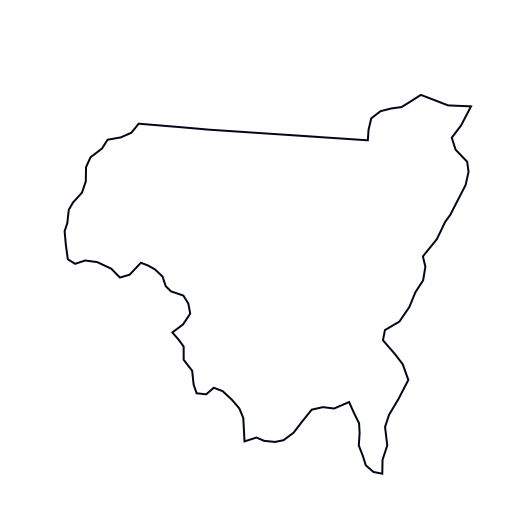 Itaguari, Goiás, Brazil, rotated 191°
{"feature_id": "56859067B11030704466933", "entity_name": "Itaguari", "entity_type": "district", "adm_level": 2, "iso_a3": "BRA", "parent_name": "Brazil", "parent_adm1": "Goiás", "projection": "mercator", "projection_center": [-49.628, -15.936], "detail": "fine", "context": "isolated", "style": "outline", "palette": "ink", "viewbox_px": 512, "rotation_deg": 191, "n_neighbors": 0, "source": "geoboundaries", "source_scale": "gbopen_adm2", "svg_char_len": 1349}
<svg xmlns="http://www.w3.org/2000/svg" viewBox="0 0 512 512"><g transform="rotate(191 256 256)"><path d="M73.5,443.9L96.2,440.5L124.9,445.6L136.0,435.1L141.5,430.0L151.7,426.5L161.4,421.9L169.1,413.2L169.6,401.4L168.3,390.9L326.6,371.0L354.3,368.1L396.4,363.5L401.8,353.3L411.4,346.6L423.9,341.8L427.7,332.1L437.3,321.3L439.8,310.8L437.3,296.8L438.9,285.0L445.8,273.7L448.6,265.7L447.5,252.2L448.6,243.8L444.7,230.4L440.1,216.9L432.1,213.8L422.8,219.0L410.6,219.7L395.6,215.9L385.5,208.9L376.5,213.5L367.7,227.4L360.3,226.1L352.7,223.6L343.8,218.0L338.9,209.2L332.8,205.1L319.8,203.3L313.4,196.5L309.6,186.9L314.5,175.0L323.5,165.0L315.4,158.6L309.7,153.2L307.2,140.3L296.8,131.2L292.7,117.9L288.1,109.9L278.5,110.7L272.3,118.6L263.0,117.0L252.1,110.2L243.3,103.2L237.6,94.6L231.9,71.8L220.9,77.9L212.8,76.1L201.9,77.1L193.9,80.4L185.4,89.7L178.9,102.7L172.0,115.8L161.5,120.4L150.2,121.2L136.8,130.4L129.0,119.4L122.9,111.5L120.5,101.9L118.9,89.5L112.8,79.9L108.3,71.5L99.5,66.4L90.5,66.4L92.9,80.0L91.0,95.1L96.7,112.8L95.1,125.5L88.9,142.7L82.8,163.4L91.3,177.7L100.6,186.0L115.3,197.5L115.3,207.9L102.7,219.0L95.7,235.3L92.6,250.9L87.3,264.0L87.7,277.8L92.1,287.5L81.7,307.0L76.8,325.6L73.1,333.6L69.0,347.9L63.8,365.6L63.4,379.1L66.7,388.8L80.4,398.5L86.4,409.5L79.6,423.3L73.5,443.9Z" fill="none" stroke="#020617" stroke-width="2"/></g></svg>